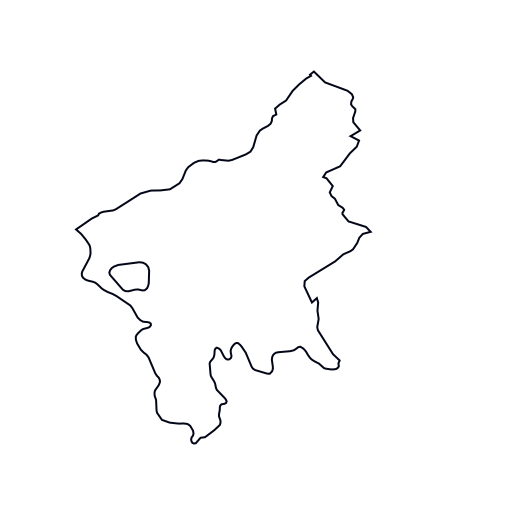 an SVG outline of Drôme, rotated 49°
{"feature_id": "FRA-5288", "entity_name": "Drôme", "entity_type": "Metropolitan department", "adm_level": 1, "iso_a3": "FRA", "parent_name": "France", "parent_adm1": "", "projection": "robinson", "projection_center": [5.26, 44.733], "detail": "fine", "context": "isolated", "style": "outline", "palette": "ink", "viewbox_px": 512, "rotation_deg": 49, "n_neighbors": 0, "source": "natural_earth", "source_scale": "10m", "svg_char_len": 3617}
<svg xmlns="http://www.w3.org/2000/svg" viewBox="0 0 512 512"><g transform="rotate(49 256 256)"><path d="M196.7,77.5L200.0,78.5L201.1,80.2L201.8,82.4L203.8,84.7L206.0,85.1L210.4,84.7L212.1,86.3L215.6,92.3L218.9,94.8L229.6,95.0L227.6,106.0L236.5,102.5L239.6,108.2L240.1,117.7L243.5,133.6L239.0,148.2L240.5,153.5L243.6,151.8L253.6,152.2L256.4,158.6L260.3,159.7L264.6,158.9L271.5,160.5L276.4,159.0L278.8,159.1L279.3,159.8L280.1,162.4L281.2,163.3L290.6,163.5L306.3,153.9L313.0,153.6L309.4,160.9L310.0,166.0L312.6,171.1L314.6,178.4L314.3,181.6L312.0,189.0L312.0,199.8L306.9,230.3L306.9,235.7L310.6,239.4L327.8,244.3L327.7,237.7L331.9,239.6L337.6,245.5L344.6,250.0L349.9,256.5L352.7,258.0L380.6,262.3L389.7,261.4L391.1,264.2L393.6,265.9L394.1,267.8L393.8,269.8L392.5,271.8L390.8,273.8L387.0,277.1L385.3,278.2L378.4,279.1L374.3,280.8L371.4,281.7L368.8,282.1L364.5,281.7L361.7,281.1L359.5,280.9L356.9,281.0L353.5,282.1L352.5,284.0L352.4,286.2L352.0,289.2L350.3,292.6L343.4,302.1L342.1,304.3L341.9,305.6L341.8,307.2L342.3,308.9L343.0,310.2L344.7,312.1L350.6,315.9L352.4,317.5L353.6,319.6L353.9,322.9L352.0,324.8L341.5,331.5L338.9,332.2L336.9,332.0L322.3,327.2L315.0,326.3L312.7,326.3L309.9,326.7L308.7,328.0L308.3,329.8L308.5,331.7L309.0,333.9L309.8,335.8L311.1,337.5L312.8,338.7L314.6,339.6L315.9,340.7L316.5,341.7L316.5,343.8L315.9,344.9L314.6,346.0L312.8,346.3L310.7,346.1L304.3,344.5L302.1,344.5L299.5,345.7L299.2,347.2L300.0,349.0L303.3,352.3L304.6,354.2L305.2,356.0L305.6,358.8L305.9,360.2L306.8,361.6L315.7,368.1L316.8,368.7L318.4,369.1L322.9,369.8L325.3,370.5L329.6,372.9L331.6,373.4L342.5,372.8L344.5,372.9L346.4,373.5L347.3,375.0L346.8,376.9L345.3,379.3L345.5,381.3L346.7,382.8L348.4,384.3L351.2,387.8L352.9,389.2L356.7,390.7L358.4,392.0L359.8,394.1L360.1,401.8L359.3,413.3L358.7,414.3L356.8,417.1L357.8,424.3L356.8,425.9L355.2,426.6L353.3,426.2L351.7,425.1L350.6,423.4L350.3,421.6L349.1,419.7L346.5,418.1L341.0,417.1L337.8,417.9L334.9,420.5L331.9,424.2L325.2,430.4L318.0,434.5L309.7,433.6L307.6,432.6L299.0,425.8L295.0,424.2L292.6,422.3L291.3,420.5L290.7,418.4L290.2,416.1L289.5,413.7L287.9,410.9L286.1,409.8L283.9,409.2L281.8,409.4L278.5,409.0L262.0,403.6L258.6,403.4L255.2,404.1L251.2,404.4L244.0,403.1L240.4,401.6L238.0,399.6L237.2,397.7L236.9,395.6L236.7,391.3L237.0,389.3L239.0,385.2L239.8,383.1L239.3,380.7L238.0,379.8L236.3,380.1L234.7,381.3L231.5,384.3L228.6,385.4L224.8,385.7L214.1,383.5L210.9,383.3L195.0,387.5L190.4,389.2L185.8,391.6L181.5,393.2L179.4,393.7L173.0,394.3L170.8,394.8L168.6,395.9L164.4,398.9L162.0,400.2L158.9,400.8L156.7,400.3L154.8,398.9L153.7,397.2L148.4,383.4L147.1,381.2L145.4,379.1L141.9,376.3L140.1,375.2L138.3,374.5L131.8,373.7L124.6,373.5L117.9,374.4L120.0,355.3L121.8,348.5L121.0,346.8L121.5,344.6L122.6,342.0L128.0,333.7L128.8,331.0L133.1,302.1L137.6,292.5L143.8,285.1L149.2,277.2L150.9,266.0L149.7,261.2L145.4,252.8L144.5,248.9L145.0,241.7L146.5,237.0L149.0,233.4L152.6,229.6L155.0,227.8L157.0,226.6L158.5,224.8L159.0,220.7L160.2,219.8L165.5,214.8L166.4,213.7L167.9,210.8L172.7,196.9L173.6,191.8L172.1,186.8L165.4,176.4L163.9,170.8L164.3,167.4L165.7,161.5L165.7,158.0L164.5,155.5L162.7,153.7L161.6,151.5L162.5,147.8L157.3,144.9L157.3,138.6L158.4,131.3L155.4,119.9L154.8,110.9L155.0,101.7L156.1,96.3L154.6,96.3L154.8,91.3L170.3,90.0L191.4,78.5L196.7,77.5ZM174.4,378.6L194.0,378.6L196.7,377.7L198.9,375.5L201.9,369.6L203.8,367.0L207.6,364.2L208.9,362.3L208.9,359.4L207.8,357.0L206.2,354.8L196.9,346.2L193.6,344.6L190.1,344.5L186.9,345.7L184.2,348.1L172.4,365.8L170.8,370.1L170.5,372.8L171.0,375.4L172.2,377.5L174.4,378.6Z" fill="none" stroke="#020617" stroke-width="2"/></g></svg>